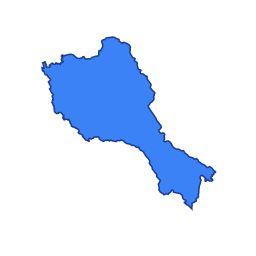 an SVG outline of Tuva, rotated 234°
{"feature_id": "RUS-2605", "entity_name": "Tuva", "entity_type": "Republic", "adm_level": 1, "iso_a3": "RUS", "parent_name": "Russia", "parent_adm1": "", "projection": "robinson", "projection_center": [94.276, 51.727], "detail": "fine", "context": "isolated", "style": "filled", "palette": "blue", "viewbox_px": 256, "rotation_deg": 234, "n_neighbors": 0, "source": "natural_earth", "source_scale": "10m", "svg_char_len": 5836}
<svg xmlns="http://www.w3.org/2000/svg" viewBox="0 0 256 256"><g transform="rotate(234 128 128)"><path d="M225.5,118.1L224.5,118.0L223.9,118.5L223.8,120.2L223.6,120.5L222.9,121.3L222.5,122.9L221.3,125.0L220.7,125.6L219.5,126.6L215.7,127.5L213.9,128.2L212.8,129.7L211.9,131.5L211.9,132.1L212.1,133.2L211.8,134.2L209.7,134.0L208.5,134.4L207.1,136.9L206.1,138.1L205.9,138.5L206.3,140.3L206.2,140.7L205.7,141.8L205.1,143.9L203.9,146.0L204.0,146.7L204.5,147.5L206.2,148.6L206.9,149.4L207.5,149.8L207.7,150.1L206.8,151.1L206.8,151.6L208.7,155.4L210.7,156.7L213.0,157.2L213.9,158.0L214.0,158.6L214.0,159.4L213.4,160.9L213.3,161.7L213.6,162.9L213.4,163.8L210.4,169.3L209.3,170.3L206.5,171.6L205.0,172.8L203.9,172.0L203.5,171.9L199.7,173.0L200.0,174.0L199.9,174.7L199.3,175.4L196.3,177.2L194.5,177.8L192.6,177.6L191.5,177.2L190.9,176.1L189.6,175.6L188.6,174.3L187.8,173.8L182.5,173.1L182.1,173.2L181.0,174.1L180.2,174.5L179.8,174.4L178.9,173.0L178.5,172.9L177.9,172.9L175.9,173.8L175.4,173.7L173.2,172.2L169.6,170.9L168.7,171.3L168.0,172.1L167.4,172.4L166.9,172.3L166.3,171.1L165.8,170.5L165.0,170.4L164.2,170.6L162.9,171.9L162.1,172.3L160.2,172.5L159.8,172.7L158.9,173.7L158.5,173.8L156.5,172.4L155.6,172.2L150.1,172.3L149.1,171.8L148.1,170.3L147.6,169.9L147.0,169.7L143.5,169.9L141.6,170.4L140.6,170.4L139.8,169.1L138.7,168.1L138.4,167.1L136.4,166.3L135.7,165.3L135.2,163.4L135.1,160.8L135.0,160.2L134.2,158.6L134.1,157.3L133.8,157.0L133.3,156.8L119.4,156.3L117.2,155.7L110.9,156.0L109.6,155.7L109.0,155.4L108.3,153.6L108.3,152.4L108.1,151.5L107.3,151.2L106.0,151.1L104.8,151.3L104.1,151.7L103.6,153.3L102.8,153.9L101.9,154.1L101.1,153.8L100.0,152.4L97.8,151.3L97.3,150.7L97.0,149.7L96.7,149.4L96.2,149.3L95.3,149.6L95.0,149.9L94.8,151.2L93.8,153.0L92.1,153.7L90.2,153.8L87.0,153.3L85.5,153.4L84.0,153.9L82.1,155.0L81.1,156.5L80.5,156.9L78.5,157.6L78.0,158.0L77.6,159.0L77.3,159.4L76.6,159.6L74.2,159.3L71.6,160.3L69.3,160.3L68.5,160.6L66.5,162.4L65.8,162.9L63.5,163.6L63.3,163.9L63.2,165.0L62.6,165.5L61.9,165.7L61.0,165.8L59.3,165.5L58.5,165.5L57.5,166.2L55.8,166.5L53.4,168.0L50.0,168.8L49.3,169.1L49.0,169.6L48.8,171.1L48.2,171.7L46.2,172.3L43.3,172.4L42.2,172.7L41.5,173.2L40.8,172.9L40.6,172.6L41.0,171.6L41.0,170.9L40.3,170.4L39.9,169.7L40.8,168.5L40.6,168.3L39.8,168.2L39.4,167.8L39.3,165.9L39.1,165.7L37.9,165.7L37.3,166.2L37.0,166.3L36.0,165.8L35.8,165.5L36.1,165.0L36.1,164.3L36.8,163.9L37.0,162.9L37.2,162.7L38.6,162.3L39.5,161.7L39.1,160.6L39.3,159.5L39.5,159.2L40.0,159.3L41.4,160.3L41.5,160.6L41.4,161.2L41.8,161.3L46.0,160.2L46.5,159.4L46.5,158.4L45.8,157.4L44.9,156.8L42.6,156.4L42.5,155.7L41.2,154.5L38.6,151.0L37.7,150.4L37.4,149.7L36.2,149.0L35.8,148.5L33.6,146.8L33.0,146.0L31.0,144.6L30.6,143.8L30.9,142.5L30.7,141.7L30.4,141.3L29.1,140.6L28.8,140.2L29.0,138.8L29.0,137.4L29.5,135.9L29.4,135.4L27.4,134.2L26.7,133.2L25.0,132.1L30.9,131.1L31.2,130.9L31.4,130.4L32.7,130.3L34.3,129.6L34.7,129.8L34.8,130.0L34.4,131.2L34.4,131.9L34.7,132.2L35.3,132.4L36.0,132.2L36.8,131.3L38.5,131.0L39.7,131.2L40.9,132.0L41.6,132.3L44.6,131.5L45.5,130.5L49.3,127.1L50.7,127.7L52.0,127.3L52.1,126.9L51.2,125.1L51.1,123.1L50.7,121.5L52.5,120.1L52.8,117.8L54.5,117.7L55.3,117.1L56.1,117.0L57.2,116.4L58.4,116.7L59.9,116.6L61.2,118.1L64.7,119.4L65.1,120.2L65.1,121.0L66.1,122.1L66.3,122.8L66.8,123.4L67.9,123.1L71.7,122.6L73.3,123.9L74.4,124.1L75.3,123.7L80.7,123.6L82.1,124.5L83.9,124.6L85.0,124.3L87.1,124.7L87.4,124.9L87.9,125.8L88.3,126.0L89.1,126.3L91.4,126.5L93.5,126.0L97.8,126.1L99.3,126.6L100.1,126.1L101.7,125.8L102.6,125.1L104.7,124.9L106.1,125.3L106.8,124.8L106.8,124.2L107.1,123.8L107.8,123.3L109.0,123.2L110.5,122.5L111.7,120.8L112.1,120.6L113.5,120.3L116.1,117.9L118.0,117.0L119.8,116.9L122.4,115.6L122.3,114.7L122.6,113.8L124.1,112.1L123.9,110.8L124.1,110.2L125.1,109.5L125.8,108.6L128.4,106.8L128.5,106.5L128.3,105.9L128.4,105.4L130.1,104.6L130.6,103.3L131.4,102.2L131.5,101.3L131.7,100.9L131.5,100.5L131.6,100.2L134.7,98.7L136.4,98.4L137.2,99.0L137.9,98.9L138.7,98.5L139.0,97.4L139.8,96.5L140.5,95.1L140.1,94.0L140.2,93.5L140.6,92.7L140.5,91.9L142.2,90.7L142.4,90.4L141.9,89.3L140.2,89.0L140.1,88.7L140.3,88.4L141.9,87.7L143.1,86.8L145.9,86.5L146.7,86.7L147.7,86.2L148.3,86.8L149.2,86.9L150.9,86.3L151.8,85.3L152.9,84.9L153.8,85.2L153.9,86.2L154.0,86.5L155.0,87.0L155.9,87.0L157.6,86.3L158.4,85.7L160.2,85.1L160.7,84.8L161.0,84.1L162.8,83.3L163.1,83.4L163.6,84.0L164.9,84.2L166.0,84.0L166.7,84.5L169.3,85.1L169.8,84.8L169.7,84.3L169.8,84.1L171.2,83.5L171.8,82.5L171.8,81.8L171.9,81.4L172.4,81.0L173.3,81.1L172.8,81.6L173.1,81.8L174.2,81.3L174.7,81.4L174.9,81.6L174.4,82.3L175.6,82.8L175.9,83.4L176.2,83.6L176.8,83.0L178.5,83.0L180.2,82.6L181.1,81.1L180.8,80.4L181.1,80.2L181.4,78.9L181.9,78.6L183.1,78.3L184.4,78.2L184.8,78.3L185.6,79.0L186.6,79.2L186.9,79.8L188.1,80.1L189.4,81.1L190.5,80.8L191.6,81.4L193.4,81.5L193.6,82.0L194.4,82.6L194.7,83.4L195.3,83.9L195.4,84.5L195.7,84.8L197.9,85.1L198.4,85.4L198.4,86.6L198.8,87.0L199.3,87.1L201.2,86.9L204.6,87.5L205.6,87.4L205.9,87.7L205.8,88.6L206.0,89.0L207.1,90.0L210.0,90.2L210.8,90.7L212.1,90.7L212.4,91.0L212.0,91.6L212.2,92.3L212.1,93.1L212.5,93.7L213.6,94.0L214.2,93.7L217.2,93.5L218.2,93.7L219.9,92.4L223.3,93.2L223.7,93.2L223.9,92.6L224.8,92.6L227.3,93.9L226.0,94.7L225.7,95.2L225.9,95.4L231.0,97.4L230.4,98.4L230.4,98.9L230.5,99.6L230.3,99.9L229.1,99.4L227.1,99.1L225.7,98.1L225.2,98.1L224.8,98.3L223.3,100.4L223.7,101.4L225.0,101.3L224.9,102.5L225.1,103.3L225.1,104.6L224.7,105.1L224.0,104.9L223.6,105.4L222.5,106.1L222.4,107.1L223.0,107.7L222.7,108.4L221.9,108.6L221.2,108.5L221.0,108.9L221.1,109.5L220.9,109.8L220.1,110.4L219.3,110.6L220.2,112.0L219.6,113.6L219.7,114.6L220.0,114.8L221.0,113.9L222.7,114.3L223.1,115.0L222.9,116.3L223.6,116.6L224.6,116.2L225.3,116.3L225.5,116.7L225.7,117.4L225.5,118.1Z" fill="#3b82f6" stroke="#1e3a8a" stroke-width="1.5"/></g></svg>